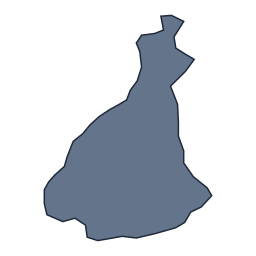 Mitsero, Nicosia, Cyprus (Robinson projection)
{"feature_id": "46923920B44917780052116", "entity_name": "Mitsero", "entity_type": "district", "adm_level": 2, "iso_a3": "CYP", "parent_name": "Cyprus", "parent_adm1": "Nicosia", "projection": "robinson", "projection_center": [33.124, 35.045], "detail": "fine", "context": "isolated", "style": "filled", "palette": "slate", "viewbox_px": 256, "rotation_deg": 0, "n_neighbors": 0, "source": "geoboundaries", "source_scale": "gbopen_adm2", "svg_char_len": 722}
<svg xmlns="http://www.w3.org/2000/svg" viewBox="0 0 256 256"><path d="M207.3,188.0L193.3,176.7L183.7,162.9L183.7,150.8L178.4,136.2L178.4,122.4L177.5,104.2L170.5,86.1L185.4,71.4L194.2,59.4L185.4,54.2L175.8,48.1L174.0,36.9L183.7,21.4L171.4,15.4L160.9,16.2L163.5,30.0L154.7,33.5L141.6,35.2L136.3,43.0L139.8,51.6L141.6,67.1L137.2,80.9L130.2,90.4L126.7,99.9L117.9,105.1L110.0,109.4L99.5,116.3L89.9,125.0L82.9,133.6L73.2,141.4L67.1,156.9L64.4,166.4L54.8,175.0L48.7,181.9L44.3,189.7L44.3,203.5L46.9,214.7L62.7,221.6L75.0,218.2L85.5,225.1L87.2,237.2L97.8,240.6L122.3,236.3L136.3,238.0L154.7,233.7L175.8,227.7L184.6,222.5L190.7,212.1L201.2,207.0L211.7,195.7L207.3,188.0Z" fill="#64748b" stroke="#1e293b" stroke-width="1.5"/></svg>